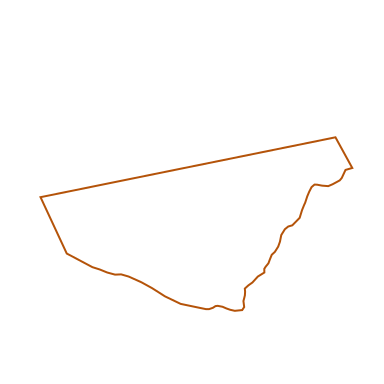 the district of Mataluafata, Tuvalu, rotated 115°
{"feature_id": "33948139B35495729479107", "entity_name": "Mataluafata", "entity_type": "district", "adm_level": 2, "iso_a3": "TUV", "parent_name": "Tuvalu", "parent_adm1": "", "projection": "equal_earth", "projection_center": [176.114, -5.671], "detail": "fine", "context": "isolated", "style": "outline", "palette": "amber", "viewbox_px": 384, "rotation_deg": 115, "n_neighbors": 0, "source": "geoboundaries", "source_scale": "gbopen_adm2", "svg_char_len": 907}
<svg xmlns="http://www.w3.org/2000/svg" viewBox="0 0 384 384"><g transform="rotate(115 192 192)"><path d="M260.7,327.1L300.7,279.5L302.2,250.5L301.2,242.8L300.8,234.8L299.4,226.8L296.6,221.4L295.4,213.7L295.2,199.6L296.0,187.6L298.0,172.4L298.2,155.0L294.4,138.8L292.3,130.0L290.9,127.0L288.1,124.1L285.5,122.5L284.3,120.6L283.1,115.8L283.0,111.6L282.6,107.6L281.6,103.0L277.8,96.6L274.2,96.1L269.1,99.3L266.3,99.8L263.3,100.4L260.0,101.7L257.2,103.3L252.7,101.4L248.5,99.0L240.8,96.6L234.4,92.4L231.1,94.0L228.7,93.7L224.3,92.6L220.6,92.9L215.2,93.2L211.3,91.6L205.1,90.8L199.8,91.3L193.3,92.9L186.5,92.1L182.6,90.2L179.8,87.0L169.9,83.5L162.0,84.6L156.4,84.9L153.9,84.9L147.3,85.7L142.2,85.9L137.0,85.7L133.5,84.1L132.5,81.7L131.3,76.9L129.1,71.0L125.5,67.8L121.6,64.9L119.0,63.0L116.0,62.2L111.9,62.2L107.1,62.2L102.5,56.9L81.8,85.1L260.7,327.1Z" fill="none" stroke="#b45309" stroke-width="2"/></g></svg>